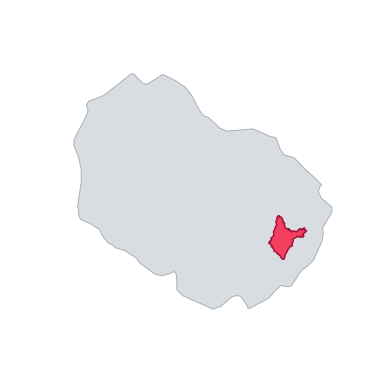 location of Debartsa, Debarca, North Macedonia, rotated 228°
{"feature_id": "65306769B78023528365293", "entity_name": "Debartsa", "entity_type": "district", "adm_level": 2, "iso_a3": "MKD", "parent_name": "North Macedonia", "parent_adm1": "Debarca", "projection": "natural_earth1", "projection_center": [20.818, 41.302], "detail": "fine", "context": "in_parent", "style": "filled", "palette": "rose", "viewbox_px": 384, "rotation_deg": 228, "n_neighbors": 0, "source": "geoboundaries", "source_scale": "gbopen_adm2", "svg_char_len": 2669}
<svg xmlns="http://www.w3.org/2000/svg" viewBox="0 0 384 384"><g transform="rotate(228 192 192)"><path d="M174.3,105.7L180.2,106.4L193.1,103.0L201.1,98.2L205.1,97.5L210.6,95.7L218.4,96.0L226.3,98.0L236.3,95.3L246.2,90.9L250.2,92.0L254.5,95.7L257.3,96.8L273.8,116.7L282.9,124.8L293.5,130.9L305.6,135.4L310.0,139.7L317.9,160.9L321.7,169.0L326.8,171.4L328.0,173.7L328.3,176.8L322.6,191.7L320.6,225.2L319.1,227.8L313.1,227.7L305.0,228.4L302.0,231.0L298.9,249.0L285.9,254.2L274.2,257.1L264.3,256.4L246.8,252.1L241.1,251.7L236.3,254.1L220.7,255.4L213.9,258.6L198.0,279.6L181.7,286.9L176.2,290.6L163.8,285.9L157.8,285.4L149.2,290.8L130.4,291.4L125.3,292.3L110.8,293.1L110.2,290.2L107.5,286.0L100.7,284.0L86.9,285.7L83.5,282.6L77.8,264.7L73.4,261.8L68.4,255.8L60.0,236.4L59.8,227.9L60.4,220.4L55.7,203.0L58.6,198.6L62.9,195.8L63.0,188.8L61.8,178.2L66.9,157.3L68.3,155.8L69.6,156.8L82.0,158.4L85.2,155.8L87.3,151.7L87.9,136.4L90.9,129.3L120.8,115.9L129.6,115.4L136.4,121.6L141.8,125.5L145.0,125.4L146.1,121.4L149.8,113.8L155.9,109.4L174.1,105.7L174.3,105.7Z" fill="#d9dde1" stroke="#a8b0b8" stroke-width="1"/><path d="M80.6,215.1L80.9,215.4L81.2,217.0L83.2,219.5L83.3,220.5L84.2,222.6L84.2,223.2L85.1,224.8L85.3,226.4L85.9,227.8L84.9,229.9L85.2,231.0L85.8,231.0L87.4,232.8L87.5,233.6L87.3,233.8L88.0,234.2L88.5,235.0L89.6,235.1L88.5,239.6L88.6,240.5L88.0,240.5L87.2,242.0L86.2,242.1L86.3,242.5L85.9,242.5L86.0,242.8L84.5,244.2L84.9,244.3L84.7,244.6L85.0,244.7L84.7,245.2L85.4,245.2L85.1,245.8L86.0,245.9L85.8,246.1L85.9,246.3L86.8,246.9L86.2,248.1L86.3,250.2L86.5,250.8L86.9,250.2L87.7,250.2L87.8,250.6L88.1,250.4L88.3,250.9L88.9,251.0L90.0,251.4L90.2,250.4L90.4,250.5L90.8,249.7L90.1,249.2L90.3,249.1L90.2,248.4L90.5,248.1L91.7,248.3L92.6,247.4L92.6,245.9L92.2,245.8L92.7,244.4L92.3,243.4L95.2,241.2L95.8,240.4L95.7,239.4L97.1,239.2L97.4,239.5L98.1,239.3L98.7,238.5L99.1,239.1L99.3,239.0L99.8,239.4L100.2,239.0L100.3,238.2L101.2,238.2L101.7,237.6L104.6,237.9L106.0,238.9L106.3,239.7L108.2,240.0L108.5,239.6L108.6,240.1L110.4,240.3L110.9,241.0L111.8,241.4L113.7,241.4L114.0,241.0L114.6,240.9L115.1,240.2L115.8,240.8L116.5,240.5L116.4,238.8L116.0,237.8L114.2,236.0L114.3,235.2L113.8,234.5L112.4,233.7L110.8,233.2L110.9,232.2L109.7,230.4L109.7,229.5L108.7,228.2L107.9,225.8L105.4,224.3L105.0,223.1L104.7,219.7L103.8,219.4L103.1,218.7L103.4,216.8L102.5,216.7L102.6,215.7L103.0,215.3L102.8,215.1L102.2,214.9L101.7,215.2L99.5,215.4L97.9,215.0L98.0,214.5L96.9,214.9L96.3,214.6L95.6,214.8L95.5,214.4L94.4,214.3L92.9,213.5L90.9,214.5L88.8,214.0L88.2,214.5L86.9,214.5L86.3,215.0L83.3,214.2L82.8,214.4L81.3,214.3L80.6,215.1Z" fill="#f43f5e" stroke="#9f1239" stroke-width="1.5"/></g></svg>